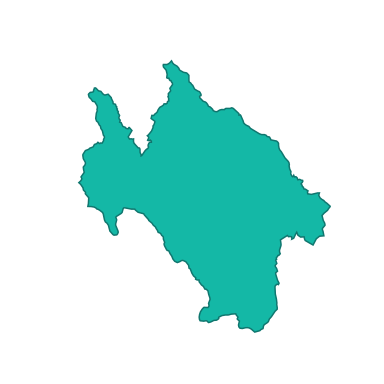 Mu Cang Chai, Yên Bái, Vietnam (orthographic projection), rotated 220°
{"feature_id": "81297802B12607058922832", "entity_name": "Mu Cang Chai", "entity_type": "district", "adm_level": 2, "iso_a3": "VNM", "parent_name": "Vietnam", "parent_adm1": "Yên Bái", "projection": "orthographic", "projection_center": [104.163, 21.805], "detail": "fine", "context": "isolated", "style": "filled", "palette": "teal", "viewbox_px": 384, "rotation_deg": 220, "n_neighbors": 0, "source": "geoboundaries", "source_scale": "gbopen_adm2", "svg_char_len": 6051}
<svg xmlns="http://www.w3.org/2000/svg" viewBox="0 0 384 384"><g transform="rotate(220 192 192)"><path d="M300.3,155.2L299.7,150.7L299.0,149.7L296.6,147.6L293.0,146.3L292.0,145.4L291.4,144.0L291.3,141.2L289.4,139.4L287.2,137.8L286.7,132.2L284.9,131.4L284.6,130.7L284.4,128.8L284.7,126.4L282.3,126.3L278.3,125.2L276.4,123.7L273.4,123.4L272.6,122.1L267.4,121.2L263.9,116.5L262.5,114.0L259.8,116.1L257.2,117.6L255.3,118.0L254.1,117.8L252.7,118.4L250.7,118.7L247.5,118.8L246.1,118.3L241.0,114.3L239.1,113.4L237.3,113.5L234.7,112.8L229.8,109.3L225.2,108.6L224.0,108.8L222.1,110.8L222.1,112.2L222.7,113.8L223.7,114.6L229.0,117.4L230.0,118.5L231.8,122.3L234.2,123.7L234.1,125.0L232.5,130.0L232.4,131.4L234.0,134.9L234.1,135.7L233.9,136.2L233.1,136.8L227.5,139.9L224.8,142.1L223.9,141.8L220.3,141.8L215.0,144.3L213.7,143.8L207.7,142.9L206.8,142.4L202.6,142.4L200.3,141.7L197.6,141.7L195.8,140.9L193.9,140.4L191.9,139.3L190.6,139.9L189.2,140.0L187.3,139.3L185.6,139.3L184.9,138.9L183.6,137.5L180.6,135.9L180.0,134.2L178.6,133.2L174.3,131.4L173.4,131.3L172.3,131.9L171.7,131.9L169.2,130.7L166.1,129.8L163.6,128.4L160.7,127.8L157.9,128.5L156.6,130.8L156.0,132.6L155.2,133.6L154.6,133.9L151.9,134.6L147.6,133.7L145.2,131.7L143.9,132.0L140.0,129.8L136.9,128.7L134.0,128.7L133.2,127.5L131.5,127.9L130.0,129.1L128.8,127.8L125.0,126.9L122.6,127.0L119.7,125.9L118.5,126.7L116.2,126.5L113.4,124.3L110.6,122.6L109.2,121.5L107.7,117.3L106.2,116.2L105.6,115.3L105.5,113.8L108.6,111.4L108.8,111.0L108.9,108.8L108.5,105.7L107.5,103.1L106.1,100.8L104.4,99.2L103.0,98.6L100.0,100.6L98.4,102.5L97.5,102.8L95.5,102.6L95.2,102.9L94.1,104.5L92.7,107.7L90.9,109.5L90.4,110.7L90.1,112.2L90.9,113.0L91.0,113.4L89.6,116.6L87.5,119.1L85.0,121.3L83.4,123.7L80.2,126.8L79.3,126.3L76.3,125.7L76.0,124.2L75.5,123.7L72.7,123.6L70.9,120.0L69.4,118.8L67.7,118.5L65.7,119.8L63.8,122.4L62.4,123.7L60.7,124.7L58.2,125.1L53.9,125.0L50.9,129.4L50.8,130.9L49.8,133.0L51.0,135.1L51.4,136.7L50.3,140.5L50.2,141.8L51.1,144.4L51.0,147.5L51.7,154.0L51.4,157.0L52.4,158.2L54.9,160.4L55.6,161.5L58.6,164.3L62.6,167.4L67.5,172.7L67.9,173.5L67.9,174.6L67.5,176.2L66.3,176.6L66.7,178.1L69.6,179.3L74.8,182.7L76.0,183.9L75.6,186.3L78.2,187.9L79.8,188.3L80.9,188.9L81.1,189.6L81.1,191.8L84.0,193.5L84.2,194.0L83.9,194.8L84.7,195.3L85.2,196.1L85.0,197.5L85.4,198.6L84.7,199.6L84.7,201.4L86.3,202.3L87.6,203.7L89.4,208.1L90.2,209.2L93.5,212.2L91.0,220.0L89.3,219.8L88.3,220.9L87.2,221.6L86.7,221.6L86.1,220.8L85.5,220.9L85.2,220.1L84.7,221.1L84.4,222.0L85.6,226.6L85.9,228.5L83.1,227.0L79.8,227.3L77.3,229.7L75.7,228.4L74.1,227.6L65.2,229.2L66.7,236.1L65.9,240.1L62.8,243.2L66.1,245.9L68.3,247.3L68.7,248.2L68.7,251.9L69.4,252.7L70.5,253.5L73.2,254.6L77.3,257.6L77.2,260.7L76.4,265.0L76.7,267.3L76.7,269.1L77.0,269.9L81.3,270.1L83.7,269.9L85.7,270.2L87.8,269.8L90.1,269.8L92.8,270.9L93.8,273.2L95.2,272.0L99.0,266.9L102.2,265.0L103.7,266.4L103.8,267.4L106.9,267.1L108.2,266.3L109.8,267.3L110.8,267.1L112.5,268.1L113.5,268.3L113.8,268.6L113.7,270.3L114.1,271.6L114.8,272.0L115.7,271.3L117.6,270.9L118.8,269.4L120.7,270.5L122.2,270.5L123.2,269.4L124.8,270.2L124.5,268.9L124.8,268.3L125.3,268.3L128.0,269.3L129.4,271.3L131.8,272.3L134.5,274.5L134.9,275.4L136.6,276.8L138.1,277.3L142.8,277.9L149.3,280.2L151.9,280.7L153.5,281.5L155.4,283.1L157.0,284.9L158.1,285.3L159.9,285.4L165.2,282.6L166.2,283.3L168.0,283.9L170.1,282.8L171.8,283.1L173.4,282.5L175.6,280.7L177.8,279.9L188.1,278.3L190.6,278.8L193.1,278.1L195.2,277.9L197.0,278.2L198.3,279.2L203.9,282.0L204.6,282.1L205.4,281.1L206.5,282.2L214.0,282.6L215.6,282.1L216.6,280.5L219.7,277.9L220.1,277.1L220.1,276.0L222.4,274.1L223.5,272.5L224.5,269.5L226.2,268.4L228.1,268.0L229.4,268.6L231.7,268.8L232.8,268.8L234.5,268.2L236.3,269.1L238.5,269.6L239.7,269.5L241.7,268.7L246.6,269.2L247.6,270.1L247.6,270.8L247.1,271.6L247.3,272.0L247.9,272.6L250.0,273.5L251.0,273.6L252.4,273.1L256.2,272.5L260.0,274.2L261.3,274.2L263.3,274.7L264.8,274.4L266.0,275.4L269.4,279.4L272.1,279.8L273.0,279.6L275.5,278.2L279.3,277.5L280.5,277.6L281.4,278.3L284.2,278.8L287.9,278.2L289.4,278.3L292.0,279.3L292.1,276.3L292.6,274.7L293.2,273.5L295.9,271.3L295.5,270.5L294.2,269.4L290.1,268.7L286.7,266.2L284.8,263.3L284.1,263.3L282.8,264.3L281.6,263.5L280.3,263.3L279.7,263.8L278.2,263.0L277.3,263.0L276.0,261.8L275.6,257.2L273.5,255.9L273.3,255.4L273.4,252.2L271.6,250.1L271.7,249.6L269.9,248.6L269.3,247.7L268.3,246.9L268.7,246.3L268.8,245.3L268.1,244.0L268.6,242.5L269.2,242.4L270.1,241.5L269.8,240.3L270.0,239.1L271.1,236.1L270.8,233.2L270.1,231.1L270.1,229.9L270.6,227.6L270.5,226.4L270.6,225.9L272.0,224.9L270.6,222.0L266.1,222.3L265.5,221.9L264.4,219.1L264.3,217.5L263.3,216.4L262.2,212.8L262.1,207.7L262.4,206.4L260.9,206.3L259.9,205.6L259.3,203.1L258.6,203.2L257.6,204.2L257.5,204.9L255.9,204.9L255.1,204.0L256.2,203.1L256.4,201.6L255.8,199.8L255.1,198.9L254.2,198.6L253.9,197.6L253.9,196.5L254.3,195.7L254.5,193.7L253.9,187.7L254.2,187.0L254.8,187.8L257.2,188.9L259.4,191.4L260.5,191.9L261.7,191.2L267.8,192.1L269.4,193.2L270.9,195.1L271.4,194.4L272.7,193.7L274.0,192.4L276.3,193.2L277.5,200.5L281.5,201.1L281.8,200.8L281.5,199.6L282.2,198.9L283.6,198.3L284.5,198.7L287.2,197.8L290.9,199.6L292.3,199.0L293.2,200.9L294.8,201.2L295.9,202.0L296.7,204.1L299.6,205.1L300.0,206.1L302.3,206.8L302.5,207.6L303.8,207.9L304.4,208.9L305.3,208.9L307.0,210.0L309.2,209.0L310.5,210.3L313.6,211.7L314.6,212.4L319.1,213.0L321.0,210.3L321.6,210.0L323.5,209.9L326.5,210.5L328.7,209.4L332.3,209.8L333.2,209.5L333.6,208.7L333.0,207.8L332.9,206.8L332.1,205.8L332.1,205.3L332.6,204.3L334.0,202.9L334.2,200.7L334.1,200.2L332.7,199.1L331.4,198.4L329.5,198.4L326.4,197.6L324.5,198.6L320.1,197.1L318.6,195.7L317.8,194.1L316.7,193.2L316.0,191.0L313.0,186.4L310.8,185.0L308.9,185.0L306.0,183.7L304.6,183.6L302.5,182.0L300.2,181.4L296.3,178.5L295.0,178.3L294.0,177.3L293.6,175.5L292.7,174.4L292.3,171.6L293.7,170.6L293.7,170.0L294.2,169.5L295.6,169.7L296.1,169.5L296.0,167.9L297.3,165.7L296.8,163.5L296.8,162.8L298.5,159.8L298.6,158.3L300.3,155.2Z" fill="#14b8a6" stroke="#0f766e" stroke-width="1.5"/></g></svg>